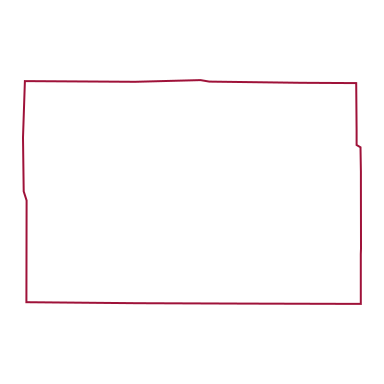 the district of Carlton, Minnesota, United States of America
{"feature_id": "52423323B32701747580552", "entity_name": "Carlton", "entity_type": "district", "adm_level": 2, "iso_a3": "USA", "parent_name": "United States of America", "parent_adm1": "Minnesota", "projection": "orthographic", "projection_center": [-92.563, 46.593], "detail": "fine", "context": "isolated", "style": "outline", "palette": "rose", "viewbox_px": 384, "rotation_deg": 0, "n_neighbors": 0, "source": "geoboundaries", "source_scale": "gbopen_adm2", "svg_char_len": 402}
<svg xmlns="http://www.w3.org/2000/svg" viewBox="0 0 384 384"><path d="M24.9,81.1L23.0,137.6L23.7,191.4L26.6,200.5L26.4,302.2L136.8,303.2L246.5,303.6L360.8,303.9L360.8,301.6L360.8,294.5L360.8,264.8L360.8,254.1L361.0,248.7L360.9,184.6L360.9,171.7L360.5,147.3L356.6,145.0L356.6,130.7L356.2,83.1L300.9,82.8L209.3,81.6L200.5,80.1L135.1,81.8L24.9,81.1Z" fill="none" stroke="#9f1239" stroke-width="2"/></svg>